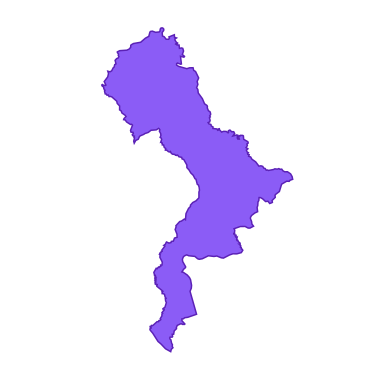 Jesús María, Santander, Colombia, rotated 275°
{"feature_id": "7082276B47652322340451", "entity_name": "Jesús María", "entity_type": "district", "adm_level": 2, "iso_a3": "COL", "parent_name": "Colombia", "parent_adm1": "Santander", "projection": "orthographic", "projection_center": [-73.834, 5.851], "detail": "fine", "context": "isolated", "style": "filled", "palette": "violet", "viewbox_px": 384, "rotation_deg": 275, "n_neighbors": 0, "source": "geoboundaries", "source_scale": "gbopen_adm2", "svg_char_len": 6072}
<svg xmlns="http://www.w3.org/2000/svg" viewBox="0 0 384 384"><g transform="rotate(275 192 192)"><path d="M347.1,160.7L344.5,155.5L343.4,156.1L342.1,155.4L341.9,153.0L344.3,150.7L344.8,149.0L348.3,148.4L350.3,149.7L351.8,149.7L352.9,148.5L352.7,146.9L351.7,146.2L349.2,146.0L348.6,145.4L347.9,141.8L348.8,138.5L348.3,136.6L347.5,136.1L343.3,135.4L341.2,132.2L336.7,127.8L334.8,120.7L333.4,118.7L332.8,118.2L330.8,118.3L328.9,116.9L327.6,114.7L326.5,107.7L325.1,105.4L324.4,105.5L323.0,106.8L321.7,106.6L320.5,107.4L319.0,106.7L318.3,105.3L316.5,103.9L313.0,105.1L312.2,103.9L309.6,103.5L308.9,102.7L305.7,101.4L304.6,99.8L305.0,97.6L302.8,98.5L299.3,98.0L294.4,94.9L291.0,96.9L290.6,96.5L290.6,94.7L291.3,93.3L290.7,92.8L289.6,93.4L288.9,94.8L287.1,95.2L285.8,96.4L285.1,96.0L282.1,97.0L282.1,98.1L281.0,98.9L281.3,100.1L279.8,101.1L280.1,102.4L279.8,103.8L275.9,109.1L273.7,109.8L271.4,112.4L267.5,112.7L266.6,114.4L264.6,115.3L262.6,118.7L261.4,119.7L259.3,117.9L258.1,117.6L257.9,119.2L256.1,120.7L253.9,124.8L254.2,126.0L253.4,126.9L248.0,125.4L246.3,126.0L246.3,128.1L245.0,128.5L244.2,127.5L243.0,127.9L242.6,129.7L241.6,129.3L241.0,130.0L237.5,129.5L235.6,130.2L238.5,131.5L239.9,133.9L242.6,134.8L243.4,135.5L245.3,139.1L246.0,139.7L247.5,143.2L249.9,145.8L250.8,151.0L252.5,153.2L252.1,153.9L251.1,154.6L249.8,154.2L247.5,155.7L245.6,156.1L243.6,155.5L243.1,156.5L241.9,157.2L238.9,156.5L239.1,157.0L238.1,157.6L238.1,158.1L236.3,158.3L236.4,159.6L233.9,160.5L233.1,162.0L231.4,161.8L231.4,163.3L230.1,165.0L229.9,166.5L230.4,167.0L229.1,167.7L228.0,169.1L227.9,171.6L227.2,172.3L227.1,173.5L227.5,173.9L227.4,174.6L226.0,175.8L225.6,178.7L224.1,179.2L223.6,181.0L218.5,184.5L215.8,184.8L213.7,187.1L210.9,189.1L208.7,191.8L205.5,193.8L205.1,194.8L200.1,196.6L199.5,197.8L197.3,198.7L194.3,199.3L192.6,198.9L186.8,199.4L183.5,196.7L181.6,193.7L178.8,191.6L177.4,191.7L175.4,190.0L170.0,187.9L163.8,187.9L164.4,186.7L162.1,184.0L161.5,182.3L157.0,178.9L155.9,179.2L153.1,178.5L148.7,180.7L145.6,181.1L144.6,178.6L141.4,177.7L141.0,175.7L139.8,175.5L139.1,173.5L140.2,170.4L140.0,170.8L137.8,170.1L136.5,168.7L136.4,169.3L136.0,169.1L135.5,169.6L131.6,167.1L130.4,167.4L130.2,166.5L128.8,166.3L128.6,165.5L127.0,165.0L126.8,165.7L124.1,165.7L119.6,168.5L116.7,168.5L116.5,167.1L114.7,167.5L115.2,167.3L115.1,166.8L114.1,165.9L114.5,165.5L114.0,164.9L112.5,163.9L112.9,163.0L108.6,161.0L106.5,161.7L105.8,162.6L105.3,162.1L104.7,163.1L103.9,162.6L103.5,163.5L102.9,162.8L102.4,163.7L102.0,163.7L102.0,162.7L100.8,162.9L101.4,163.6L101.1,163.7L100.3,162.9L99.9,163.7L98.7,163.1L98.3,163.1L98.4,163.7L97.0,163.6L97.1,164.3L96.3,164.7L96.6,165.4L95.0,165.2L90.6,171.6L89.9,170.7L89.1,171.3L88.2,171.1L88.1,172.6L87.6,173.5L85.2,174.3L83.9,175.4L83.6,174.7L81.2,175.2L79.6,176.1L74.9,175.1L73.2,173.2L72.9,173.2L72.8,174.3L72.2,174.6L69.3,172.6L68.5,173.3L67.9,172.7L65.9,172.8L63.1,171.4L62.1,172.0L61.2,171.1L61.0,170.2L59.9,170.0L59.8,168.5L56.1,165.1L55.2,163.8L55.5,163.2L54.7,162.9L54.4,162.0L53.3,162.3L53.5,163.0L53.0,163.2L51.8,162.0L50.7,162.4L47.9,165.2L40.1,171.2L38.0,174.2L33.5,179.3L31.1,184.7L33.5,185.1L35.2,186.6L36.4,185.8L38.3,185.8L39.5,184.9L43.0,183.8L43.7,182.8L44.7,182.5L45.5,182.8L45.7,184.9L46.2,185.3L48.5,184.7L48.7,186.1L52.1,186.4L54.5,188.5L55.4,188.2L57.8,188.9L59.6,192.0L59.8,193.2L59.3,193.9L59.4,195.9L59.9,196.4L62.9,193.2L64.7,193.0L65.0,194.6L66.1,195.6L66.8,198.7L70.6,207.2L92.9,198.7L96.1,199.7L99.0,199.7L104.5,198.2L106.6,196.9L108.9,194.5L111.2,190.4L111.5,188.9L114.2,190.3L116.1,192.1L116.9,192.2L121.9,188.8L124.2,188.3L126.5,189.0L127.7,190.0L128.9,192.2L128.2,194.3L128.1,200.5L126.0,203.4L125.6,205.0L126.4,208.1L129.9,213.9L129.7,219.5L130.4,222.3L129.0,226.9L128.9,229.1L132.5,234.8L134.0,238.1L134.3,242.1L135.9,246.4L138.4,247.7L139.4,247.0L139.5,246.2L141.0,245.9L141.3,245.0L142.6,245.3L143.3,244.4L143.8,244.4L144.2,243.6L144.4,244.5L145.3,244.3L146.3,242.8L148.0,241.7L147.6,241.2L148.3,240.6L150.6,240.9L150.1,240.4L151.4,239.9L151.1,239.4L151.8,239.0L152.2,239.7L152.7,239.7L152.6,238.7L153.8,238.4L153.8,237.3L154.4,237.2L154.7,237.9L157.7,237.9L159.1,237.1L161.8,243.1L162.3,247.9L161.0,251.0L161.1,252.9L163.3,256.3L165.3,254.5L167.9,253.9L170.6,252.5L172.0,252.5L173.8,253.4L176.5,256.3L178.1,259.1L182.3,258.2L184.2,258.7L187.8,258.6L189.3,259.3L192.3,259.3L192.4,260.7L191.4,262.9L188.9,266.1L189.4,268.5L187.3,270.4L188.3,272.5L188.7,273.0L190.5,272.5L193.9,275.4L195.9,275.0L196.8,275.4L200.1,279.0L207.6,280.6L211.0,285.4L211.1,287.9L212.3,288.7L213.4,291.2L216.1,290.4L218.7,288.6L220.5,285.3L220.2,282.7L221.0,280.8L222.6,279.4L222.3,277.6L222.9,276.5L222.2,275.0L222.3,272.5L221.5,271.2L220.1,266.2L220.5,265.4L220.2,264.1L221.8,262.8L222.0,261.5L223.7,260.2L224.1,258.4L223.6,256.4L227.6,252.8L229.9,248.8L232.0,247.4L232.5,245.3L234.2,245.7L234.4,244.3L235.1,244.0L236.1,244.7L236.6,243.5L238.5,242.5L239.9,243.9L240.9,242.0L243.1,243.1L244.6,242.5L245.4,243.6L246.3,243.6L247.0,243.2L249.0,238.9L252.4,238.3L252.8,237.6L252.7,235.4L252.0,234.9L252.3,233.9L250.9,233.7L248.8,234.5L248.7,233.1L249.7,232.4L252.5,232.3L252.8,231.8L251.4,227.9L254.0,229.4L255.7,228.3L255.5,226.1L256.9,224.7L256.9,223.9L256.1,222.9L254.6,223.2L254.1,222.8L255.3,220.9L255.2,218.2L254.3,216.3L256.2,214.1L257.4,213.7L257.1,212.8L255.9,212.7L255.7,212.3L257.0,211.2L257.1,207.3L258.6,207.3L259.5,205.4L260.9,205.0L261.4,202.8L262.6,202.0L263.3,203.5L265.0,203.8L267.5,202.9L268.4,203.7L269.4,203.0L270.7,203.8L272.1,203.6L273.6,202.9L274.4,201.3L277.1,199.9L278.6,199.9L279.5,199.4L281.0,196.8L285.9,194.2L291.2,189.6L294.6,188.9L296.3,187.5L299.7,188.5L302.5,187.5L306.2,188.7L312.4,185.0L313.3,183.1L315.9,182.2L315.5,178.7L314.4,176.1L316.0,167.7L317.1,165.6L318.5,165.5L319.2,166.2L318.3,169.7L318.6,170.3L326.2,168.7L325.6,172.2L326.5,172.7L328.1,170.4L331.7,171.3L334.3,170.3L334.6,169.1L334.0,167.0L337.3,166.3L337.2,164.3L338.0,162.8L338.5,163.2L338.5,164.3L339.1,164.7L339.8,163.4L341.7,161.9L343.0,161.6L344.1,163.1L344.7,161.0L347.1,160.7Z" fill="#8b5cf6" stroke="#5b21b6" stroke-width="1.5"/></g></svg>